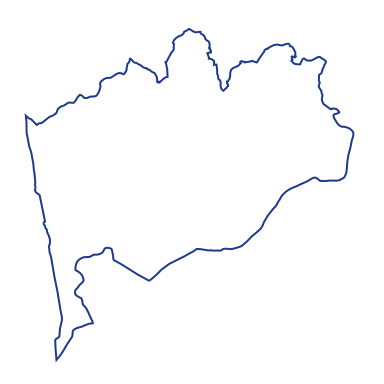 outline of Aceh Tenggara, Aceh, Indonesia, rotated 268°
{"feature_id": "22746128B65780821536148", "entity_name": "Aceh Tenggara", "entity_type": "district", "adm_level": 2, "iso_a3": "IDN", "parent_name": "Indonesia", "parent_adm1": "Aceh", "projection": "mercator", "projection_center": [97.723, 3.338], "detail": "fine", "context": "isolated", "style": "outline", "palette": "blue", "viewbox_px": 384, "rotation_deg": 268, "n_neighbors": 0, "source": "geoboundaries", "source_scale": "gbopen_adm2", "svg_char_len": 5976}
<svg xmlns="http://www.w3.org/2000/svg" viewBox="0 0 384 384"><g transform="rotate(268 192 192)"><path d="M270.3,333.3L270.1,333.2L272.0,330.7L275.2,326.7L275.8,326.2L279.0,325.1L280.1,325.0L282.4,325.4L283.3,325.7L284.7,325.8L286.6,324.9L288.5,324.8L292.5,322.4L294.3,322.6L296.8,323.5L299.2,322.6L299.8,322.6L301.4,323.0L302.7,322.8L304.6,323.1L305.5,324.6L306.5,325.6L307.2,325.9L310.3,326.8L311.6,327.7L314.6,328.8L315.9,329.9L317.9,330.4L320.0,328.2L321.1,326.2L322.2,325.0L322.6,324.0L322.2,322.1L319.7,317.0L319.3,316.0L319.2,315.0L319.2,313.6L319.5,311.5L320.2,310.3L321.4,309.1L321.5,308.1L321.3,307.6L320.8,307.2L317.4,305.2L316.0,304.7L315.8,304.1L316.0,301.2L316.4,299.4L316.7,298.7L318.2,297.0L319.2,296.5L319.6,296.0L319.9,296.6L320.6,297.1L321.3,296.6L321.9,296.4L323.0,296.7L323.5,296.3L324.0,296.8L323.6,297.2L323.6,298.6L322.9,299.1L322.9,299.5L323.6,300.2L323.8,299.7L324.2,299.6L324.7,300.2L325.8,300.0L328.0,300.2L329.7,299.3L331.3,298.7L333.5,297.3L334.0,296.6L334.1,295.3L334.4,294.9L335.9,294.6L336.7,293.8L336.8,293.3L336.6,291.0L335.4,287.7L335.4,286.5L336.4,282.2L336.0,279.0L334.3,275.1L332.5,272.5L332.8,272.2L331.4,269.6L329.3,268.7L328.7,268.1L322.6,263.6L319.2,261.3L320.0,258.9L321.0,256.7L320.5,255.5L319.7,249.4L320.1,249.4L320.5,247.4L321.2,246.3L320.3,244.7L319.0,245.2L318.7,244.7L317.7,243.7L318.1,243.2L317.7,243.7L316.8,243.0L316.1,241.7L314.6,237.7L313.9,236.7L312.9,235.5L310.7,234.6L309.0,234.3L305.8,234.1L303.4,233.3L302.8,232.7L301.3,231.9L301.2,230.8L299.6,230.8L298.9,231.1L298.2,231.7L296.8,231.7L295.3,230.5L292.2,227.1L292.4,226.9L292.3,226.6L293.4,225.4L294.7,224.7L297.5,224.2L300.3,224.5L301.6,224.3L302.7,223.9L303.4,222.9L304.6,222.1L307.3,222.1L309.1,221.3L312.9,221.4L318.5,220.9L318.6,219.6L318.2,218.4L319.5,218.7L320.3,218.4L321.4,218.7L322.1,218.6L323.8,216.7L324.3,215.6L324.6,213.6L325.0,213.8L325.6,213.7L329.9,212.2L330.2,212.2L330.2,213.0L330.6,213.6L330.6,214.2L330.8,214.8L330.6,215.5L331.6,216.0L332.9,215.7L333.2,215.2L334.1,214.9L334.8,215.0L335.0,214.2L335.8,214.2L336.2,214.6L338.9,214.8L340.8,214.4L341.9,213.8L343.4,211.6L344.7,210.6L346.7,210.1L348.1,209.2L350.3,206.1L351.8,206.1L351.8,203.7L351.4,202.2L351.6,200.8L352.6,198.4L353.7,197.1L355.1,194.8L353.2,191.8L352.8,190.5L352.4,189.8L351.9,189.4L351.2,189.4L349.8,188.2L349.3,187.5L347.8,183.6L346.2,181.1L344.4,179.4L341.9,178.1L341.5,178.2L340.4,179.2L338.8,178.9L335.2,178.7L334.3,178.4L332.0,176.2L323.1,171.1L322.8,170.0L320.3,170.8L319.0,170.8L316.1,171.5L307.9,171.6L307.7,170.2L306.3,167.7L305.3,166.4L304.1,165.2L303.7,164.4L303.4,164.3L303.1,163.3L302.6,163.4L302.4,163.0L302.6,162.7L303.2,162.5L302.9,161.5L303.0,161.1L306.6,161.0L308.4,160.7L312.3,158.7L313.0,157.0L314.0,155.4L315.6,153.9L315.9,152.5L316.5,151.4L317.3,151.1L317.3,149.8L318.4,147.4L320.4,145.3L321.2,143.6L322.9,141.0L323.3,139.2L323.7,138.5L327.2,135.4L327.4,135.0L327.0,134.5L325.1,134.2L324.2,133.8L323.6,133.4L322.2,131.9L319.8,131.5L317.6,130.9L316.4,130.9L315.3,130.4L313.1,129.0L312.5,128.5L312.1,127.7L313.1,125.6L313.4,124.2L313.4,122.9L312.2,119.9L310.5,117.3L308.9,114.3L308.9,110.4L307.8,107.8L305.7,105.1L304.7,104.3L303.1,103.8L301.0,104.3L297.9,103.5L294.3,101.9L292.1,100.3L291.4,99.5L290.9,97.3L290.9,94.0L289.6,90.2L289.6,88.5L289.8,87.7L292.3,85.2L292.8,84.2L292.9,83.2L291.7,81.9L289.6,80.2L287.6,79.1L285.6,77.3L285.3,76.8L285.3,76.0L285.7,72.1L285.5,71.4L282.8,66.9L281.9,63.7L279.6,60.8L276.0,59.4L274.6,57.9L273.3,55.7L271.9,52.0L266.2,44.2L265.9,41.6L265.1,40.0L264.4,39.3L270.4,33.7L271.4,31.4L274.1,28.6L268.0,29.0L256.9,28.8L245.5,30.6L244.1,30.7L236.8,32.8L225.7,34.4L219.3,34.7L217.4,35.1L209.7,35.6L206.3,35.7L205.1,35.4L201.8,35.7L199.1,35.1L197.7,35.7L196.8,36.4L194.4,39.4L193.7,39.7L167.7,44.1L166.8,43.0L166.3,42.6L165.1,42.7L162.8,44.0L161.2,44.2L159.3,45.6L156.7,45.9L153.7,47.2L150.0,48.3L146.6,48.3L144.6,48.0L143.0,47.1L136.4,47.6L133.6,48.5L129.7,49.2L112.4,51.5L96.9,54.1L76.7,56.7L72.5,57.5L69.5,57.6L68.1,57.5L60.2,55.3L52.9,54.5L52.0,54.2L51.4,53.7L49.7,50.8L48.5,50.1L39.4,50.2L28.9,50.7L32.2,53.7L36.1,56.7L44.2,61.9L51.7,67.2L53.9,67.7L56.6,67.9L57.5,68.3L58.2,68.9L58.8,69.7L60.1,72.3L61.2,76.9L63.5,83.1L64.1,85.5L64.1,88.2L64.3,88.3L65.3,88.2L67.0,87.6L78.2,82.9L80.6,81.5L83.1,79.2L83.6,79.0L88.2,78.3L89.3,77.8L89.9,77.2L91.8,73.9L92.7,72.8L93.5,72.1L94.7,71.7L95.8,71.6L97.0,71.7L98.0,72.1L101.1,75.0L102.7,76.1L106.0,79.8L107.5,80.6L109.8,80.2L112.6,79.2L113.5,78.6L115.1,77.1L116.7,75.1L117.9,73.0L118.3,72.7L120.6,72.9L122.7,73.3L125.6,74.4L126.5,74.9L127.6,75.9L128.8,77.5L129.7,79.1L130.6,81.7L130.7,87.3L131.0,88.2L132.5,90.9L132.8,92.0L132.7,95.0L133.2,97.7L134.5,100.2L135.5,101.1L137.9,102.4L138.7,103.0L139.2,104.6L139.0,107.2L138.1,109.3L137.2,109.9L130.6,111.0L127.9,111.0L127.0,111.3L126.4,111.9L122.1,119.1L111.4,134.9L105.1,145.5L105.0,146.5L107.8,150.3L110.7,153.8L115.5,158.8L121.0,166.8L128.2,182.6L130.6,187.1L132.9,191.9L134.9,194.6L134.6,198.4L133.0,206.6L133.1,209.2L132.5,212.3L132.7,213.6L132.4,217.8L132.8,219.5L133.8,220.8L134.1,221.8L134.1,224.7L133.6,228.4L133.7,230.5L135.5,237.8L136.6,240.0L137.5,241.3L141.0,245.6L145.4,250.0L150.0,255.9L153.3,259.7L156.0,261.4L159.1,262.7L165.7,266.9L172.1,272.3L175.4,275.7L179.4,277.9L182.3,280.0L183.6,280.6L184.5,281.3L186.0,282.5L189.3,286.2L191.2,289.4L193.0,293.4L194.2,296.9L196.3,301.6L198.3,306.7L201.7,313.1L202.1,314.5L202.0,315.9L201.5,317.1L198.7,320.5L198.4,323.1L198.4,327.6L198.6,328.9L198.4,334.6L198.2,336.7L198.7,340.1L199.4,341.0L200.1,342.8L201.1,344.4L201.9,345.0L204.3,346.3L206.4,347.0L211.1,347.7L216.4,348.2L222.8,349.4L230.3,351.7L237.6,353.4L241.8,354.9L244.5,355.4L245.9,355.2L246.4,355.1L247.9,353.9L249.4,352.4L250.0,351.4L251.0,349.4L251.8,346.7L251.9,344.7L252.3,343.3L253.4,341.6L255.1,339.9L259.6,337.3L261.6,336.4L263.0,336.0L264.0,336.2L264.7,337.0L265.7,340.8L266.3,341.9L266.9,341.9L269.7,339.6L270.6,336.0L270.4,335.0L269.9,334.0L270.3,333.3Z" fill="none" stroke="#1e3a8a" stroke-width="2"/></g></svg>